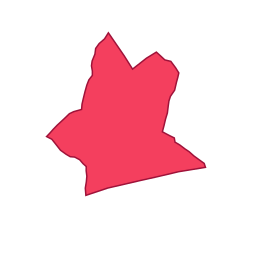 Puxinanã, Paraíba, Brazil (Natural Earth projection), rotated 226°
{"feature_id": "56859067B54792005713933", "entity_name": "Puxinanã", "entity_type": "district", "adm_level": 2, "iso_a3": "BRA", "parent_name": "Brazil", "parent_adm1": "Paraíba", "projection": "natural_earth1", "projection_center": [-35.958, -7.148], "detail": "fine", "context": "isolated", "style": "filled", "palette": "rose", "viewbox_px": 256, "rotation_deg": 226, "n_neighbors": 0, "source": "geoboundaries", "source_scale": "gbopen_adm2", "svg_char_len": 998}
<svg xmlns="http://www.w3.org/2000/svg" viewBox="0 0 256 256"><g transform="rotate(226 128 128)"><path d="M210.1,180.0L208.4,173.0L208.8,166.0L207.7,160.0L204.1,155.5L201.1,148.7L198.1,144.9L193.7,141.9L190.6,138.9L189.8,133.3L187.4,128.1L184.0,122.3L180.1,116.1L177.1,111.5L173.6,107.5L177.5,100.3L179.0,95.8L179.0,88.3L179.2,79.2L179.0,73.2L178.6,68.2L178.4,63.5L172.8,65.4L165.6,64.7L158.9,64.0L152.2,65.2L147.5,66.5L144.2,69.4L138.8,71.2L133.5,70.9L129.3,71.2L126.3,68.2L121.9,64.9L118.2,60.6L114.4,55.5L108.8,50.9L99.0,71.5L81.9,100.0L72.8,114.9L64.5,128.8L61.5,133.9L45.9,156.4L49.6,158.2L55.2,157.2L62.1,156.0L68.6,155.5L73.6,154.4L79.6,153.5L85.2,152.0L88.7,154.4L93.4,152.7L97.3,151.4L101.4,150.1L104.8,155.7L108.4,161.3L111.4,166.7L115.7,172.0L119.0,176.2L121.3,180.5L122.8,187.8L127.4,194.9L129.7,198.8L132.3,202.8L138.4,204.1L146.2,205.1L151.4,201.8L157.2,201.5L162.9,201.1L165.4,189.8L167.2,172.2L182.6,175.4L210.1,180.0Z" fill="#f43f5e" stroke="#9f1239" stroke-width="1.5"/></g></svg>